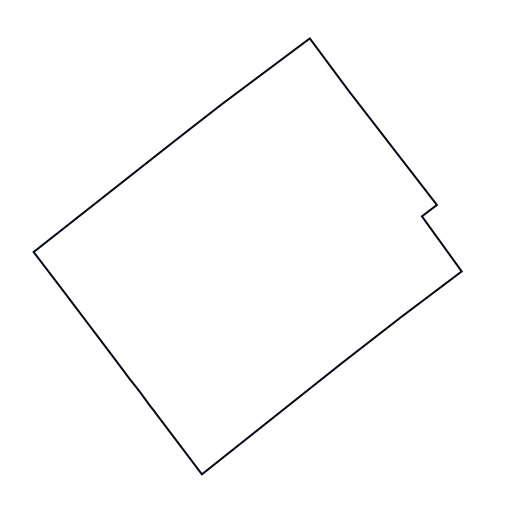 the district of Allen, Indiana, United States of America, rotated 143°
{"feature_id": "52423323B16491815887155", "entity_name": "Allen", "entity_type": "district", "adm_level": 2, "iso_a3": "USA", "parent_name": "United States of America", "parent_adm1": "Indiana", "projection": "robinson", "projection_center": [-85.006, 41.094], "detail": "fine", "context": "isolated", "style": "outline", "palette": "ink", "viewbox_px": 512, "rotation_deg": 143, "n_neighbors": 0, "source": "geoboundaries", "source_scale": "gbopen_adm2", "svg_char_len": 472}
<svg xmlns="http://www.w3.org/2000/svg" viewBox="0 0 512 512"><g transform="rotate(143 256 256)"><path d="M176.6,119.9L101.0,119.9L99.6,187.8L80.8,187.9L81.7,259.4L82.5,326.9L82.6,329.5L82.1,397.4L192.8,397.8L230.3,397.2L253.8,396.8L431.2,393.0L430.9,339.7L430.9,323.4L430.8,259.7L430.9,234.0L430.5,218.8L430.8,199.5L430.6,192.6L430.7,192.1L430.6,129.2L430.6,114.5L430.6,114.4L430.6,114.2L251.3,118.8L176.6,119.9Z" fill="none" stroke="#020617" stroke-width="2"/></g></svg>